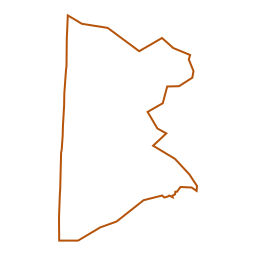 Alleghany, North Carolina, United States of America, rotated 270°
{"feature_id": "52423323B93536446386656", "entity_name": "Alleghany", "entity_type": "district", "adm_level": 2, "iso_a3": "USA", "parent_name": "United States of America", "parent_adm1": "North Carolina", "projection": "equal_earth", "projection_center": [-81.137, 36.471], "detail": "fine", "context": "isolated", "style": "outline", "palette": "amber", "viewbox_px": 256, "rotation_deg": 270, "n_neighbors": 0, "source": "geoboundaries", "source_scale": "gbopen_adm2", "svg_char_len": 760}
<svg xmlns="http://www.w3.org/2000/svg" viewBox="0 0 256 256"><g transform="rotate(270 128 128)"><path d="M208.0,173.2L218.0,162.0L204.8,139.2L228.1,107.7L232.2,81.9L240.6,67.8L219.4,66.9L218.5,66.8L189.7,66.5L185.9,66.0L162.2,64.3L160.7,64.3L150.1,64.1L129.3,62.9L120.8,62.7L106.2,61.7L103.4,61.1L67.0,60.2L60.7,59.8L38.2,59.0L15.4,59.2L15.4,78.1L28.6,100.2L34.5,116.6L55.8,143.6L60.5,162.2L58.8,163.9L58.5,164.5L59.5,167.8L60.4,169.2L58.8,172.6L60.1,172.1L61.7,175.1L64.3,175.3L64.2,176.9L69.0,180.5L68.5,191.6L65.1,196.6L70.0,197.0L81.7,189.3L97.1,175.0L110.3,153.1L122.6,166.3L127.5,157.4L144.1,147.6L152.8,162.8L169.5,167.2L169.8,179.0L178.3,192.3L184.9,193.5L196.5,188.8L201.0,190.1L208.0,173.2Z" fill="none" stroke="#b45309" stroke-width="2"/></g></svg>